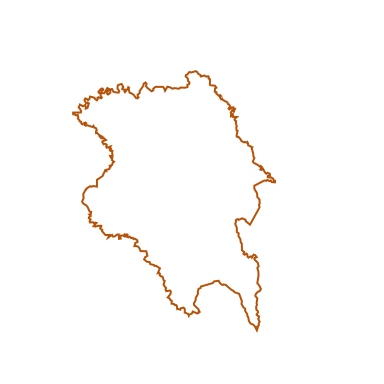 the district of Caçapava do Sul, Rio Grande do Sul, Brazil, rotated 133°
{"feature_id": "56859067B31876797610836", "entity_name": "Caçapava do Sul", "entity_type": "district", "adm_level": 2, "iso_a3": "BRA", "parent_name": "Brazil", "parent_adm1": "Rio Grande do Sul", "projection": "mercator", "projection_center": [-53.469, -30.552], "detail": "fine", "context": "isolated", "style": "outline", "palette": "amber", "viewbox_px": 384, "rotation_deg": 133, "n_neighbors": 0, "source": "geoboundaries", "source_scale": "gbopen_adm2", "svg_char_len": 6111}
<svg xmlns="http://www.w3.org/2000/svg" viewBox="0 0 384 384"><g transform="rotate(133 192 192)"><path d="M207.5,332.5L207.5,330.9L208.5,328.2L209.6,327.5L215.0,333.1L216.2,331.9L215.2,330.6L214.9,328.8L213.5,328.2L215.0,326.0L216.1,325.6L216.3,323.2L217.0,322.3L216.2,321.0L217.4,319.6L217.4,318.5L213.9,317.4L213.8,316.3L216.2,316.1L216.0,314.9L214.6,314.1L212.4,309.3L210.8,309.2L211.6,307.5L210.8,305.9L211.6,303.9L213.2,303.6L214.4,302.3L213.4,301.7L213.7,299.5L213.1,296.5L214.3,297.2L214.6,295.0L213.5,293.7L212.8,294.4L212.7,290.4L215.8,292.0L216.6,291.8L217.4,289.3L216.6,289.1L215.6,287.5L215.7,286.4L217.2,285.9L217.8,284.6L214.2,282.6L216.2,282.0L215.6,280.7L216.5,280.2L217.4,280.5L217.5,279.5L216.2,278.3L218.1,276.9L219.0,275.3L220.7,275.4L221.4,276.5L222.2,274.9L220.9,273.9L223.2,272.4L223.1,269.6L224.5,270.0L226.8,268.9L228.8,270.0L229.0,268.8L230.0,269.1L231.0,268.2L231.8,268.3L234.9,270.2L235.3,269.0L236.1,270.0L241.5,268.3L247.9,269.8L252.9,265.2L255.0,268.3L256.8,269.2L257.2,270.4L261.5,271.6L262.2,271.0L263.0,271.3L267.7,270.1L270.4,267.1L274.0,265.8L274.6,263.5L273.9,260.2L274.3,257.7L276.2,253.5L275.3,252.2L277.3,250.9L278.5,251.7L278.6,249.7L280.8,250.1L281.6,249.5L281.2,247.5L283.4,246.8L283.9,245.8L281.7,244.0L281.8,242.2L280.5,242.0L279.8,240.8L284.1,240.6L283.3,239.2L280.5,237.4L278.6,235.3L279.3,234.6L280.5,234.8L281.4,234.1L280.9,231.7L282.0,231.0L282.5,225.9L279.7,223.1L282.4,222.2L277.9,221.2L278.5,219.3L276.8,218.1L274.5,217.9L273.0,216.7L276.0,213.4L274.7,212.4L274.1,213.6L272.5,214.4L271.0,213.0L270.6,211.4L269.3,212.2L269.5,210.4L267.9,211.2L267.1,210.2L268.9,208.4L268.5,207.5L267.1,207.1L267.2,205.1L265.9,204.0L266.3,202.7L265.1,201.9L264.6,199.2L265.7,197.7L267.8,198.7L270.8,197.2L269.6,196.1L268.7,194.0L269.0,192.1L270.3,189.3L266.5,185.0L269.1,181.1L271.6,181.8L274.0,181.0L273.7,177.2L272.1,175.2L273.2,173.3L271.3,170.0L271.6,169.0L270.5,167.9L269.7,163.4L274.6,161.7L273.5,161.0L273.7,159.6L274.8,159.2L275.0,157.4L274.0,155.8L276.0,152.3L275.7,151.3L279.3,149.5L279.9,145.4L281.4,144.9L282.1,143.2L279.1,141.0L279.3,139.5L281.2,138.2L285.7,137.8L285.1,136.0L285.8,134.1L285.3,132.7L287.6,130.8L286.2,128.8L286.4,127.3L285.6,126.7L285.5,125.6L287.7,122.9L287.0,122.5L286.1,120.3L284.7,120.9L282.3,119.3L282.5,117.5L285.1,115.1L283.8,111.7L284.6,110.0L283.7,110.4L280.9,109.2L278.9,109.9L277.2,105.3L275.9,104.7L275.2,105.4L274.4,104.8L273.3,107.7L273.3,113.4L272.1,114.7L268.5,115.6L267.0,117.0L262.6,118.1L260.8,119.8L258.5,121.1L256.4,120.3L255.0,121.0L244.4,114.7L242.3,114.9L238.8,112.0L239.7,108.5L239.1,106.1L238.2,106.0L236.9,103.9L236.7,96.9L236.0,94.1L236.3,92.6L234.3,88.1L237.9,80.9L240.1,79.5L241.3,75.8L241.1,73.6L242.7,72.0L243.7,68.3L245.0,66.8L245.2,65.6L247.5,62.4L248.3,59.5L247.3,57.0L247.3,54.8L248.9,50.2L246.2,51.5L245.9,52.5L244.1,52.1L242.6,53.6L240.7,54.1L239.6,57.1L238.0,57.5L237.2,58.4L237.7,59.5L237.6,61.1L234.8,61.7L234.2,62.9L234.2,64.6L232.2,66.8L230.3,67.5L229.2,69.0L225.2,71.7L224.8,74.9L222.8,75.8L220.2,75.8L218.3,74.9L215.9,75.5L214.6,78.8L214.1,82.1L207.7,86.4L204.9,89.2L203.0,92.4L200.8,92.7L198.8,95.8L198.8,99.6L198.4,101.0L197.6,101.3L195.6,100.2L195.1,102.7L195.8,104.2L199.2,103.5L198.9,105.1L201.5,106.0L201.5,107.2L200.0,108.9L199.9,110.1L202.0,110.7L202.1,112.2L200.3,112.7L200.5,115.7L195.8,120.4L195.7,121.8L193.5,124.5L192.5,128.0L190.4,129.7L190.7,131.9L187.6,134.8L185.8,138.7L184.1,139.3L182.6,140.8L180.6,140.1L180.6,138.9L177.0,137.3L175.8,133.9L176.7,132.9L176.3,127.3L157.2,132.1L155.5,134.4L154.3,134.6L151.5,137.5L151.1,140.8L148.6,143.5L147.2,148.5L144.9,150.7L134.2,146.9L133.2,145.3L131.8,145.2L131.2,142.8L129.8,142.2L130.4,140.5L129.2,138.9L128.3,137.9L127.2,139.0L127.7,140.3L126.9,141.9L127.5,144.6L128.4,144.9L129.5,146.7L128.6,147.5L126.5,146.5L125.6,147.6L126.6,149.9L128.0,150.2L127.9,152.1L126.6,156.0L128.5,156.2L128.9,157.3L126.9,157.2L126.1,158.0L126.1,159.3L127.1,159.1L127.3,162.0L128.6,167.1L128.2,168.3L124.5,169.6L124.2,171.2L122.2,173.4L119.3,178.1L118.2,178.4L118.8,179.2L118.5,180.2L119.6,182.7L118.1,184.4L117.7,185.8L118.8,185.9L119.3,187.5L120.3,187.9L121.0,190.6L120.3,192.4L120.0,195.7L120.9,196.2L120.7,197.6L116.2,200.4L116.6,201.3L114.7,203.6L113.5,204.0L111.6,207.1L110.1,208.0L110.4,209.7L109.7,210.6L106.5,210.4L109.1,213.3L107.7,214.7L110.0,215.1L109.1,216.1L107.6,216.4L107.6,217.7L104.6,218.4L104.8,216.2L101.9,217.3L102.7,218.1L101.8,219.4L102.9,220.5L106.1,221.0L106.1,222.1L103.5,222.5L102.7,224.3L103.1,225.7L102.3,227.3L103.6,232.1L103.2,233.7L104.3,233.9L103.4,237.0L102.0,236.3L102.0,237.6L103.4,238.4L103.3,241.7L102.4,242.2L103.1,243.8L100.5,245.8L99.1,245.3L98.6,247.8L101.1,250.9L101.4,252.1L97.3,255.7L97.7,257.2L96.6,258.0L96.3,259.2L97.9,260.2L98.3,262.3L101.5,264.4L100.7,265.3L101.3,268.0L100.7,269.9L101.1,271.7L104.9,273.9L106.1,275.8L109.1,275.5L110.7,276.2L111.8,275.5L111.8,272.5L113.5,270.6L113.4,269.0L114.1,268.1L115.0,267.7L116.7,268.5L118.3,266.9L120.2,268.0L123.5,271.6L125.4,272.0L128.0,275.7L129.8,276.7L130.3,279.2L131.8,281.8L136.4,280.7L135.0,283.6L134.9,284.9L140.0,290.4L142.9,290.8L144.0,289.6L145.9,290.2L146.3,296.0L146.0,297.9L143.8,299.0L143.6,300.7L145.9,301.2L147.3,300.1L154.2,299.0L155.3,297.7L158.0,298.1L159.0,297.1L159.3,295.6L160.8,295.8L161.5,297.1L160.7,300.8L161.1,303.5L161.9,304.8L161.7,305.9L159.7,308.6L158.7,309.1L158.8,310.1L160.5,309.4L164.7,309.1L164.4,310.2L162.9,311.0L164.4,313.0L163.8,313.7L162.1,313.8L161.0,317.2L164.2,319.0L165.3,318.6L167.1,317.1L167.8,314.0L169.3,313.4L171.3,315.9L172.3,318.0L171.2,320.7L172.0,321.3L173.0,321.4L175.3,319.4L178.0,319.9L178.1,321.0L177.1,322.0L173.2,322.8L173.7,324.8L179.5,323.5L181.4,325.5L180.9,326.5L179.9,326.9L177.8,326.5L177.3,327.8L178.3,328.9L182.5,328.8L183.0,328.0L182.4,326.0L183.9,324.5L184.5,322.3L185.5,322.4L186.5,325.1L187.7,325.3L188.5,324.2L189.8,324.1L190.1,326.0L189.6,327.6L191.7,331.6L193.9,330.5L195.9,330.6L195.5,331.6L196.3,333.8L198.1,333.4L199.4,329.7L197.9,329.0L197.5,327.9L201.8,325.8L203.5,326.6L202.3,327.6L201.4,329.5L203.7,330.2L204.4,333.6L207.5,332.5Z" fill="none" stroke="#b45309" stroke-width="2"/></g></svg>